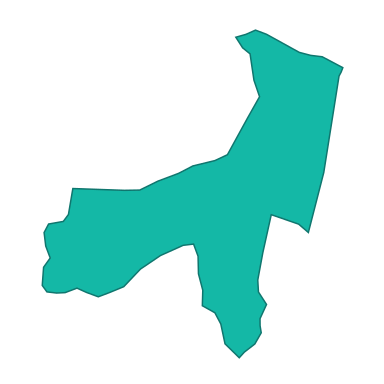 the District of Kamwenge, rotated 182°
{"feature_id": "UGA-3368", "entity_name": "Kamwenge", "entity_type": "District", "adm_level": 1, "iso_a3": "UGA", "parent_name": "Uganda", "parent_adm1": "", "projection": "robinson", "projection_center": [30.551, 0.184], "detail": "fine", "context": "isolated", "style": "filled", "palette": "teal", "viewbox_px": 384, "rotation_deg": 182, "n_neighbors": 0, "source": "natural_earth", "source_scale": "10m", "svg_char_len": 931}
<svg xmlns="http://www.w3.org/2000/svg" viewBox="0 0 384 384"><g transform="rotate(182 192 192)"><path d="M139.0,28.0L153.7,41.4L158.6,61.1L164.9,72.1L177.7,78.7L177.8,94.2L182.7,110.5L183.7,128.0L188.6,140.0L199.0,138.4L221.3,127.4L240.8,113.2L256.9,95.0L270.8,88.7L282.0,84.0L293.8,87.9L303.6,91.9L315.3,87.0L323.8,86.3L333.5,87.1L338.4,93.4L337.7,111.6L331.4,121.1L336.3,132.9L338.4,146.3L334.2,155.0L319.6,158.1L314.7,165.2L311.2,191.3L292.4,191.3L259.7,191.3L244.3,192.1L226.6,201.6L206.0,210.2L192.0,218.1L170.2,224.2L157.9,230.5L139.1,267.8L127.8,289.6L134.0,305.9L138.8,332.1L146.4,337.8L153.6,348.2L143.7,351.4L134.2,356.0L123.0,352.2L89.7,335.3L78.2,332.7L66.6,331.7L45.6,321.5L47.1,317.1L49.1,313.0L61.0,216.0L74.3,155.6L84.3,163.6L112.0,172.1L119.1,133.8L123.2,106.3L122.1,94.4L113.6,82.2L119.6,67.8L119.3,60.8L117.9,53.7L123.9,42.3L134.1,33.8L139.0,28.0Z" fill="#14b8a6" stroke="#0f766e" stroke-width="1.5"/></g></svg>